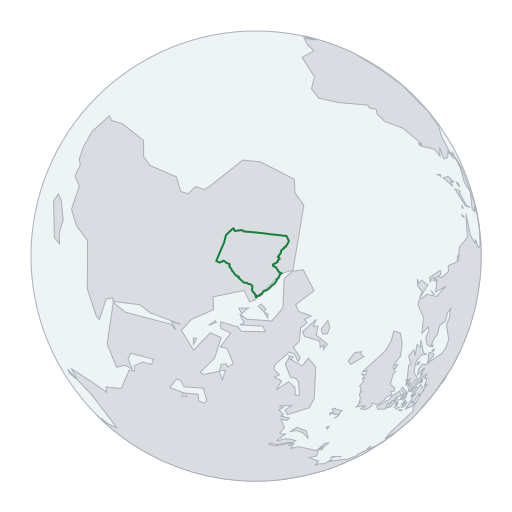 Algeria highlighted on a globe, orthographic projection, rotated 149°
{"feature_id": "DZA", "entity_name": "Algeria", "entity_type": "country or territory", "adm_level": 0, "iso_a3": "DZA", "parent_name": "Africa", "parent_adm1": "", "projection": "orthographic", "projection_center": [1.791, 28.04], "detail": "fine", "context": "on_globe", "style": "outline", "palette": "green", "viewbox_px": 512, "rotation_deg": 149, "n_neighbors": 0, "source": "natural_earth", "source_scale": "50m", "svg_char_len": 13537}
<svg xmlns="http://www.w3.org/2000/svg" viewBox="0 0 512 512"><g transform="rotate(149 256 256)"><circle cx="256" cy="256" r="225" fill="#eef3f6" stroke="#a8b0b8"/><path d="M135.1,65.9L129.4,69.6L134.4,66.5L142.0,61.8L145.8,59.5L173.2,47.0L199.4,38.2L204.3,36.7L204.5,36.7L205.9,36.5L208.3,35.8L232.4,32.0L233.2,31.9L226.2,33.0L227.3,33.1L233.7,32.1L239.7,31.9L230.0,33.1L239.5,32.9L229.5,36.1L202.0,42.0L198.3,45.9L174.9,58.1L178.9,57.6L172.6,62.9L174.8,64.5L169.9,66.9L176.0,66.3L180.1,63.9L184.1,62.9L185.8,63.9L179.8,66.9L178.1,66.8L177.2,68.2L173.4,69.4L176.2,69.4L168.7,73.3L178.6,71.0L174.7,75.5L169.0,77.7L166.5,75.4L147.0,76.9L140.5,79.5L133.9,85.0L128.0,99.1L122.1,103.3L116.3,110.6L121.0,108.9L127.1,102.7L134.3,101.9L141.0,95.1L144.9,94.1L153.0,88.5L155.0,91.9L152.7,98.3L146.1,103.3L144.9,106.6L153.8,104.2L144.2,116.6L142.3,130.6L139.4,133.9L129.0,135.1L122.2,128.3L108.7,132.3L120.7,132.6L113.4,141.9L113.5,144.9L115.9,146.4L120.0,144.1L118.2,148.2L105.5,148.8L107.0,145.1L111.0,144.7L107.7,141.9L99.2,143.5L96.1,148.7L86.4,147.5L84.1,151.4L80.7,153.7L85.0,147.3L77.0,159.0L65.2,163.1L54.1,184.4L61.4,164.0L61.8,158.3L61.3,153.9L59.3,157.2L61.3,148.4L58.5,149.6L50.7,163.7L44.7,178.4L43.2,186.1L45.8,181.2L46.5,185.0L39.3,200.3L39.4,212.2L35.6,225.7L34.7,235.8L36.4,238.5L37.6,246.8L40.9,241.7L45.0,242.5L42.7,254.4L46.9,246.6L47.9,255.2L57.6,265.2L56.3,267.1L64.1,289.7L76.3,304.8L79.1,315.5L77.3,319.7L82.4,324.3L82.5,327.8L106.1,344.9L121.0,359.1L122.3,370.7L113.6,379.4L114.2,402.4L100.7,402.1L103.1,410.3L102.6,417.7L93.7,410.6L102.3,419.5L102.2,420.4L98.1,416.7L98.9,417.5L87.6,405.6L77.2,393.0L67.7,379.6L54.4,354.1L50.1,344.5L43.0,327.9L33.7,290.0L33.4,280.7L32.6,273.1L35.4,263.0L36.5,245.5L36.0,240.9L34.3,244.4L34.3,226.3L36.8,211.6L42.7,183.4L48.8,167.6L56.0,152.3L64.4,137.6L73.8,123.5L84.3,110.2L95.7,97.7L108.0,86.1L121.2,75.5L135.1,65.9ZM50.6,190.8L51.0,211.1L47.6,206.5L48.8,205.8L49.4,199.0L49.4,190.4L47.3,187.4L50.6,190.8ZM57.8,184.1L57.5,181.5L58.3,183.2L57.8,184.1ZM147.1,58.8L141.9,61.8L134.2,66.5L138.2,63.9L147.1,58.8ZM162.1,51.2L160.3,52.1L154.9,54.7L157.6,53.3L162.1,51.2ZM151.3,87.2L152.1,87.9L150.2,88.5L151.3,87.2ZM154.0,84.3L151.2,84.6L152.1,83.3L153.8,83.1L154.0,84.3ZM240.6,31.3L244.8,31.1L239.3,31.4L240.6,31.3ZM157.3,84.3L154.0,81.0L155.6,78.8L163.5,76.5L157.3,84.3ZM246.4,31.2L256.8,31.3L259.0,31.1L258.5,32.4L249.9,31.5L242.7,31.7L246.7,31.4L246.4,31.2ZM180.6,62.7L176.3,65.3L178.4,62.4L180.6,62.7ZM180.9,61.1L181.4,54.5L188.6,51.5L187.0,54.1L195.0,50.0L198.4,51.7L194.7,54.4L189.3,55.9L194.7,55.5L180.9,61.1ZM256.6,33.5L258.1,33.9L255.2,33.7L256.6,33.5ZM185.9,62.3L185.3,61.1L191.5,58.3L193.8,60.4L191.1,60.6L185.9,62.3ZM195.5,48.3L200.5,46.9L204.6,47.8L207.1,47.5L199.1,51.6L195.5,48.3ZM190.5,61.7L194.8,61.6L193.4,63.8L186.9,63.4L190.5,61.7ZM192.2,56.8L195.3,55.7L194.3,57.0L192.2,56.8ZM190.9,72.5L190.1,70.6L193.3,69.0L190.9,72.5ZM196.5,61.4L196.9,60.6L198.1,59.9L200.5,60.3L196.5,61.4ZM202.5,52.1L203.1,52.9L206.0,50.4L209.2,51.4L203.2,54.1L207.1,53.3L208.1,53.6L202.1,55.5L202.5,52.1ZM206.5,58.6L200.0,63.0L200.8,66.5L198.0,68.0L197.2,62.0L206.5,58.6ZM204.4,56.6L205.1,58.1L201.3,59.0L198.5,58.5L204.4,56.6ZM213.4,51.1L210.1,49.0L211.5,48.5L213.4,51.1ZM207.5,59.5L209.0,58.4L208.0,59.6L207.5,59.5ZM212.5,53.4L211.1,52.6L212.7,52.1L212.5,53.4ZM213.2,57.2L211.1,58.5L209.2,58.1L213.2,57.2ZM213.5,55.3L216.1,54.8L209.7,57.2L212.6,55.0L213.5,55.3ZM214.2,53.0L214.8,52.5L214.6,53.4L214.2,53.0ZM221.9,58.3L214.4,61.4L210.0,60.4L217.9,57.4L221.9,58.3ZM296.3,34.4L286.9,32.9L296.9,34.5L301.6,35.5L308.5,36.9L308.0,36.8L308.3,36.9L329.9,43.5L350.6,51.7L344.6,48.9L359.0,55.7L373.0,63.5L386.3,72.2L399.0,81.9L411.0,92.5L422.2,103.9L432.5,116.0L442.0,128.9L450.5,142.4L458.1,156.4L464.6,171.0L470.1,186.0L474.5,201.3L470.6,188.6L472.3,196.8L469.8,189.4L463.7,179.7L464.9,191.4L468.3,221.8L472.8,241.8L472.2,254.3L461.7,233.1L454.2,216.0L452.1,221.1L439.8,211.7L423.5,223.5L419.6,219.7L416.9,224.5L408.0,223.6L401.5,217.0L396.8,220.2L413.6,237.2L418.5,234.0L420.4,222.6L424.4,229.7L432.8,232.4L428.9,257.3L402.2,289.7L397.1,275.3L363.8,241.0L363.4,235.8L363.2,235.3L362.6,234.4L362.1,243.2L355.6,236.1L376.0,261.9L380.6,274.0L401.9,290.8L400.5,293.9L406.6,296.3L423.1,282.1L423.7,287.2L417.5,314.8L392.4,356.0L394.3,374.3L390.1,391.0L371.4,406.9L370.0,417.7L359.9,424.3L357.2,430.5L347.3,438.7L332.0,447.3L309.2,451.6L310.2,446.8L302.5,438.3L292.9,413.0L301.2,398.8L300.2,388.2L283.5,364.9L287.3,350.1L282.2,344.3L272.1,346.6L265.9,339.4L259.5,339.6L217.9,345.0L203.8,334.5L183.6,302.0L190.1,290.0L188.8,274.9L231.4,225.0L243.3,227.8L280.1,218.8L285.1,220.2L283.8,232.5L313.8,243.1L320.0,231.9L344.2,234.9L358.3,230.7L358.0,207.4L334.8,213.7L327.8,204.1L344.0,189.8L363.9,185.1L361.8,181.3L346.7,176.0L348.7,167.1L341.2,173.6L346.1,176.7L341.6,181.1L336.8,178.6L337.7,175.4L331.0,175.3L328.4,191.6L333.2,196.5L317.2,203.0L323.5,212.1L320.1,217.7L308.0,204.6L307.3,199.0L286.9,186.1L286.3,192.4L305.4,205.3L300.6,204.8L299.9,214.5L296.6,206.8L275.9,192.1L259.8,197.5L243.6,222.0L233.2,224.3L222.6,220.0L224.1,196.3L247.0,193.9L247.9,186.4L239.5,176.1L247.2,176.6L246.6,172.4L254.9,171.3L262.9,160.5L270.8,158.7L270.4,146.1L274.4,143.8L273.5,151.7L277.0,156.6L296.2,152.9L298.9,149.7L297.1,142.1L302.6,142.5L298.4,135.7L307.7,130.8L292.8,131.4L290.3,123.5L294.0,116.5L290.5,114.2L284.5,125.8L284.6,130.5L288.8,134.2L286.6,148.2L280.8,151.5L273.0,137.9L263.9,141.4L261.9,130.2L279.2,104.2L288.3,98.4L310.7,103.8L310.6,108.9L302.5,109.3L313.3,115.6L310.8,111.9L315.4,112.5L314.2,105.9L317.3,106.1L310.7,99.8L314.5,99.3L318.6,103.3L320.0,94.1L326.8,92.0L325.6,89.9L322.4,88.3L333.2,87.1L331.8,85.7L327.7,85.4L322.3,82.6L317.0,77.3L321.0,77.2L323.5,79.1L334.8,83.2L340.7,88.8L341.9,88.3L337.7,83.5L323.9,78.3L319.5,75.2L326.2,76.9L323.4,76.0L322.5,74.5L325.4,73.1L318.2,71.0L302.9,56.8L306.9,53.4L314.5,56.0L308.1,48.0L313.2,46.1L309.4,45.6L303.8,42.4L302.1,42.9L299.9,42.6L284.6,36.1L284.2,35.1L273.3,33.1L271.4,33.1L271.1,33.7L258.5,32.4L259.0,31.1L263.4,31.1L260.7,30.8L269.5,31.1L296.3,34.4ZM220.2,251.3L219.8,255.9L220.2,251.3ZM387.4,191.5L397.7,187.6L388.6,176.1L391.8,173.9L387.5,171.1L387.9,175.4L376.9,167.4L379.7,161.4L376.2,156.3L372.6,157.4L369.2,169.8L385.0,181.0L384.5,187.6L387.4,191.5ZM58.0,265.3L58.9,268.9L57.1,267.3L58.0,265.3ZM45.5,210.5L46.4,212.9L46.3,215.9L45.3,214.8L45.5,210.5ZM56.7,229.0L58.5,232.5L55.9,230.9L56.7,229.0ZM51.4,214.1L55.2,226.7L50.4,225.1L48.3,217.3L50.7,219.8L51.4,214.1ZM54.1,189.7L54.3,191.9L53.1,193.6L54.1,189.7ZM58.4,185.4L58.1,185.1L58.7,182.7L58.4,185.4ZM114.1,141.8L115.1,141.9L116.7,144.1L114.5,144.5L114.1,141.8ZM132.9,146.7L129.6,153.2L130.4,148.6L126.6,150.1L123.6,142.7L137.9,135.3L131.9,139.7L132.9,146.7ZM123.6,131.5L123.9,136.5L123.0,131.4L123.6,131.5ZM235.0,152.6L239.1,154.9L237.6,159.8L227.6,163.8L229.6,156.6L235.0,152.6ZM245.1,157.2L240.2,143.6L246.2,141.1L243.7,144.7L248.1,144.4L245.2,150.2L255.7,161.9L255.2,167.1L237.0,170.6L243.3,166.3L239.0,164.0L245.1,157.2ZM217.1,118.6L215.1,114.2L230.7,114.3L230.8,118.6L220.9,122.3L214.9,119.6L217.1,118.6ZM171.8,81.5L170.0,80.9L171.7,79.9L174.6,79.6L171.8,81.5ZM190.3,71.8L181.4,83.8L178.9,83.5L176.7,91.6L169.2,94.2L170.9,88.7L163.5,97.2L162.0,93.3L157.7,99.3L162.3,86.7L160.6,84.0L165.3,86.0L172.2,83.6L174.7,81.7L180.6,74.7L180.5,68.4L187.3,65.5L192.2,65.2L193.2,66.3L188.4,67.7L193.3,68.1L187.2,71.1L190.3,71.8ZM245.0,71.1L239.0,71.0L247.7,75.0L241.7,76.8L243.1,77.2L239.9,80.2L238.4,84.6L235.2,85.0L236.1,86.6L234.0,88.9L234.0,91.3L228.3,93.0L227.9,96.3L225.4,95.3L226.2,100.5L223.1,97.5L220.0,100.5L224.7,101.8L193.9,108.0L183.4,113.9L176.4,120.9L171.9,115.4L175.6,105.9L183.8,95.8L194.5,91.3L190.6,90.0L194.5,87.6L196.0,89.6L196.1,85.1L199.8,83.8L207.0,76.6L204.9,71.6L207.5,69.1L210.2,70.4L210.9,67.1L217.7,68.0L219.7,66.4L228.4,66.0L232.4,69.9L234.3,67.8L241.0,67.8L245.0,71.1ZM224.3,58.3L230.4,61.9L230.1,64.8L215.1,64.4L212.3,65.8L202.7,66.3L203.3,62.1L206.0,62.3L208.8,61.6L207.5,63.1L210.6,61.3L214.4,61.7L217.9,60.4L218.9,61.9L224.3,58.3ZM289.1,215.1L292.7,215.1L298.0,213.8L297.6,220.1L289.1,215.1ZM274.9,205.2L277.9,204.0L279.9,211.7L276.2,212.0L274.9,205.2ZM277.8,197.1L277.9,203.4L275.6,200.1L277.8,197.1ZM276.1,150.4L279.1,149.0L280.1,150.7L279.2,153.6L276.1,150.4ZM269.6,85.7L266.2,84.6L266.7,83.6L262.1,79.2L266.2,77.8L270.6,79.9L269.6,85.7ZM355.1,212.4L352.1,217.8L349.4,216.3L351.0,214.7L355.1,212.4ZM324.3,219.7L332.2,220.9L324.1,221.5L324.3,219.7ZM273.3,83.5L270.9,81.7L274.5,82.1L273.3,83.5ZM269.0,76.6L272.8,76.6L266.2,77.1L269.0,76.6ZM419.3,375.7L401.2,407.4L393.3,411.0L394.2,404.2L402.6,386.3L412.6,377.4L418.2,367.6L419.3,375.7ZM473.4,243.1L476.3,252.1L475.6,256.2L473.4,243.1ZM305.1,73.0L306.9,80.3L310.9,85.5L317.5,88.0L309.0,88.0L302.8,80.0L305.1,73.0ZM302.7,58.6L297.0,57.1L298.9,56.1L300.4,56.4L302.7,58.6ZM299.7,58.8L293.8,60.2L290.2,58.3L295.5,57.6L299.7,58.8ZM283.8,70.8L284.0,73.0L281.1,72.5L283.8,70.8ZM259.9,33.6L258.2,33.9L258.3,33.4L259.9,33.6ZM299.1,42.9L296.0,42.4L296.2,41.6L299.1,42.9ZM287.7,40.6L289.6,41.8L285.9,40.5L287.7,40.6ZM294.2,44.7L289.6,42.3L296.4,44.6L294.2,44.7Z" fill="#d9dde1" stroke="#a8b0b8" stroke-width="1"/><path d="M277.3,220.6L277.4,220.8L277.4,221.0L277.1,221.2L276.9,221.3L276.7,221.8L276.3,222.1L276.2,222.2L276.2,222.3L276.5,222.5L276.7,222.8L276.6,223.5L276.6,224.1L276.5,224.8L276.5,225.0L276.7,225.3L276.8,225.6L276.9,225.9L276.9,226.6L277.0,227.0L277.2,227.3L276.9,227.8L276.9,228.2L276.8,228.8L276.8,229.2L276.7,229.5L276.5,229.9L276.2,230.1L275.9,230.3L275.6,230.5L275.3,231.1L274.7,231.7L274.6,231.9L274.6,232.3L274.6,232.8L274.8,233.3L275.1,233.9L275.4,234.6L275.5,235.0L276.0,235.3L276.7,235.6L276.8,235.8L277.1,236.2L277.5,237.1L277.6,237.7L278.3,238.2L278.8,238.6L279.4,238.9L280.0,239.3L280.4,240.3L280.6,241.2L280.9,242.1L281.2,243.1L281.5,244.2L281.7,244.9L281.9,245.6L282.2,246.6L281.9,246.8L281.5,247.1L281.8,247.5L282.4,248.3L282.7,248.9L282.9,249.1L283.2,249.9L283.4,250.6L283.5,250.9L283.6,251.4L283.6,253.0L283.9,255.1L284.2,256.1L283.9,257.0L283.7,257.9L283.7,258.3L283.9,259.0L284.1,259.5L284.3,259.7L284.3,260.6L284.3,260.9L283.7,261.4L283.1,261.8L282.9,262.2L282.9,262.6L283.0,262.9L283.5,263.6L284.2,264.6L285.1,265.7L285.2,265.9L285.2,266.8L285.6,267.8L286.0,268.2L286.2,268.5L286.4,268.7L286.7,268.9L286.8,268.9L287.7,268.5L289.2,268.9L290.7,269.3L290.8,269.3L291.1,269.9L291.7,270.8L292.1,271.6L292.5,272.2L290.7,273.6L289.0,274.9L287.2,276.2L285.4,277.6L283.6,278.9L281.8,280.2L279.9,281.5L278.1,282.8L276.9,283.6L276.1,284.3L275.1,285.3L274.2,286.2L273.5,286.9L272.5,287.8L272.0,288.3L271.0,289.3L270.7,289.5L269.2,289.8L267.9,290.1L266.7,290.4L265.9,290.6L265.0,290.7L263.9,291.0L263.0,291.2L262.1,291.4L261.8,291.4L261.7,291.4L261.4,291.3L261.1,291.1L260.9,291.0L260.9,290.8L261.0,290.5L261.1,290.3L261.2,290.2L261.3,290.0L261.4,289.9L261.3,289.5L261.2,289.2L261.2,288.6L261.2,288.4L261.0,288.1L260.4,287.8L260.0,287.7L259.8,287.6L259.2,287.5L258.5,287.4L258.3,287.3L257.8,286.7L257.6,286.5L256.5,286.4L256.2,286.4L255.9,286.2L255.6,286.0L255.5,285.7L255.4,285.5L255.3,285.3L254.2,284.7L253.9,284.5L253.7,284.3L253.7,284.0L253.7,283.7L253.7,283.4L253.6,283.2L253.1,282.8L251.9,282.0L250.7,281.1L249.5,280.3L248.3,279.4L247.2,278.6L246.0,277.7L244.8,276.8L243.7,276.0L242.5,275.1L241.3,274.2L240.2,273.3L239.0,272.5L237.9,271.6L236.7,270.7L235.6,269.8L234.5,268.9L233.5,268.1L232.5,267.3L231.7,266.7L230.9,266.1L230.1,265.5L229.6,265.1L228.9,264.6L228.3,264.2L227.7,263.7L227.0,263.2L226.4,262.7L225.8,262.2L225.2,261.8L224.5,261.3L223.9,260.8L223.3,260.3L222.7,259.8L222.1,259.3L221.4,258.9L220.8,258.4L220.2,257.9L219.6,257.4L219.7,256.6L219.7,255.9L219.8,255.0L219.9,254.2L219.9,253.3L220.0,252.8L220.1,252.2L220.1,251.9L220.5,251.6L221.1,251.2L221.3,251.1L221.6,250.9L222.5,250.4L222.7,250.2L223.7,249.6L223.9,249.5L224.4,249.5L224.6,249.4L224.9,249.1L225.3,248.8L225.5,248.7L225.8,248.7L226.6,248.8L226.9,248.9L227.3,249.0L227.5,248.9L227.7,248.7L227.8,248.4L227.8,248.2L228.1,248.1L228.3,248.1L228.8,248.1L229.5,248.1L230.3,248.0L230.9,247.9L231.4,247.7L232.0,247.4L232.4,247.0L232.8,246.4L233.1,245.8L233.8,245.5L234.4,245.3L234.7,245.3L235.4,245.0L236.0,244.6L236.5,244.2L237.0,244.2L237.5,244.2L237.8,244.0L237.8,243.7L237.6,243.5L237.4,243.4L237.2,243.3L237.1,243.2L237.2,242.9L237.2,242.7L237.3,242.5L237.3,242.2L237.2,241.9L237.1,241.7L237.2,241.3L237.4,241.2L237.7,241.2L238.0,241.3L238.5,241.2L240.0,240.8L240.1,240.6L240.2,240.3L240.3,240.0L240.4,239.9L240.5,239.9L241.0,239.8L241.6,239.7L241.9,239.7L242.6,239.7L243.1,239.8L244.0,239.9L244.6,239.9L245.1,239.9L245.8,240.0L246.0,239.9L246.0,239.7L245.9,239.2L246.2,238.8L246.5,238.5L246.4,238.2L246.1,237.9L245.8,237.7L245.6,237.5L245.3,237.2L245.1,236.9L245.0,236.1L244.8,235.6L244.6,235.1L244.8,234.1L244.6,233.6L244.6,233.3L244.6,233.0L244.7,232.5L244.6,231.8L244.4,231.0L244.5,230.7L244.3,230.3L244.2,230.1L244.3,229.9L244.4,229.6L244.0,229.2L243.4,228.6L243.2,228.4L243.1,228.1L243.8,228.2L244.1,228.2L244.9,227.8L245.5,227.4L246.0,227.1L246.4,226.6L246.8,226.3L247.4,226.0L248.9,225.3L249.2,225.3L249.7,225.5L250.1,225.4L250.5,225.1L250.8,224.5L251.3,224.1L252.0,223.8L252.8,223.4L253.4,223.1L254.3,222.8L256.6,222.6L257.7,222.4L258.5,222.5L259.3,221.9L259.7,221.7L261.4,221.7L262.3,221.3L265.3,221.2L265.7,221.3L266.1,221.5L266.7,222.0L267.0,222.1L267.5,222.0L268.4,221.5L269.4,221.2L270.0,220.9L270.2,220.5L270.7,220.3L271.0,220.6L272.1,220.9L272.8,220.8L273.1,220.7L273.0,220.2L273.7,220.3L274.2,220.5L274.8,220.9L275.2,221.0L275.9,220.7L277.3,220.6Z" fill="none" stroke="#15803d" stroke-width="2"/></g></svg>